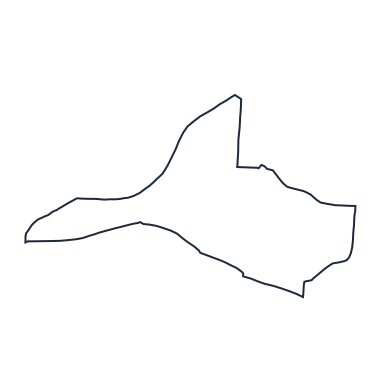 outline of Chraoy Chongvar, Phnom Penh, Cambodia, rotated 93°
{"feature_id": "14789045B54201472344592", "entity_name": "Chraoy Chongvar", "entity_type": "district", "adm_level": 2, "iso_a3": "KHM", "parent_name": "Cambodia", "parent_adm1": "Phnom Penh", "projection": "albers", "projection_center": [104.923, 11.649], "detail": "fine", "context": "isolated", "style": "outline", "palette": "slate", "viewbox_px": 384, "rotation_deg": 93, "n_neighbors": 0, "source": "geoboundaries", "source_scale": "gbopen_adm2", "svg_char_len": 2290}
<svg xmlns="http://www.w3.org/2000/svg" viewBox="0 0 384 384"><g transform="rotate(93 192 192)"><path d="M291.1,75.7L287.2,75.5L282.0,75.5L278.0,75.4L275.8,75.1L275.0,72.8L273.9,68.1L271.1,65.5L268.6,62.7L265.5,59.4L261.3,54.9L258.7,51.6L255.9,47.7L254.6,41.6L253.1,36.4L252.0,34.0L249.0,31.6L244.6,30.1L238.6,29.1L232.4,28.8L224.1,28.8L216.5,28.5L210.0,28.6L206.4,28.5L202.5,28.0L197.4,28.1L197.6,35.9L197.6,42.1L197.7,48.0L196.8,56.1L195.8,63.0L193.4,67.1L188.4,73.3L186.4,77.6L185.3,80.5L183.9,87.3L182.6,94.2L181.6,97.6L177.9,102.2L172.8,106.7L166.1,112.4L165.0,118.2L162.6,120.8L161.3,124.0L162.5,125.0L164.8,126.7L164.4,128.2L164.7,148.2L162.4,148.0L158.7,148.1L154.0,148.0L149.3,148.0L138.2,148.4L137.1,148.4L125.2,147.8L119.7,147.8L112.5,147.8L111.4,147.7L106.4,147.6L105.2,147.6L96.6,147.8L92.9,154.2L94.9,157.3L99.1,162.9L103.2,169.3L107.2,174.2L108.7,176.4L111.1,180.0L113.1,183.2L115.9,187.6L119.7,192.1L122.3,195.1L126.7,199.9L133.2,203.9L138.9,206.4L142.0,207.8L144.7,208.7L150.5,210.7L155.1,212.7L157.7,213.8L161.2,215.3L166.7,217.7L171.4,220.2L175.1,222.3L177.4,224.4L180.8,227.8L183.7,230.4L188.0,234.7L191.6,239.3L195.7,244.2L198.9,249.9L200.9,255.0L201.3,256.6L201.7,259.5L202.7,263.6L203.1,266.6L203.4,269.3L203.4,270.6L203.5,272.9L203.9,276.1L204.2,279.7L203.9,287.2L204.0,289.3L204.1,291.7L204.3,296.8L204.4,302.6L204.3,305.1L204.3,306.2L204.7,307.3L206.2,309.6L208.4,313.2L211.0,317.3L213.6,321.1L215.8,324.5L217.4,326.6L217.7,327.7L219.4,330.7L221.1,332.6L222.9,334.9L223.2,335.9L224.2,338.1L225.9,341.2L227.3,344.1L228.4,345.3L230.5,347.7L233.6,350.4L236.6,352.1L238.8,353.4L242.1,355.6L243.6,355.6L244.8,356.0L247.6,355.8L251.1,355.7L249.8,353.1L249.7,350.0L248.3,329.6L247.6,320.5L246.3,311.7L245.2,305.0L243.7,298.7L240.9,291.7L239.7,288.2L239.3,287.1L237.6,282.9L235.5,276.8L234.3,273.1L231.7,265.1L231.0,262.6L229.0,256.3L227.2,250.4L226.5,247.9L225.7,244.1L224.7,242.3L226.5,238.8L226.8,232.5L227.7,225.9L229.0,220.5L231.8,210.8L234.4,204.7L238.8,198.8L242.2,193.8L246.1,187.3L249.9,182.2L252.3,180.6L258.6,160.5L260.5,155.2L262.6,150.6L265.6,143.4L269.0,138.2L270.5,136.7L273.5,136.5L274.1,134.2L275.4,128.6L277.6,122.2L279.7,115.4L281.6,105.4L283.6,97.7L285.8,90.0L288.4,82.1L290.6,76.9L291.1,75.7Z" fill="none" stroke="#1e293b" stroke-width="2"/></g></svg>